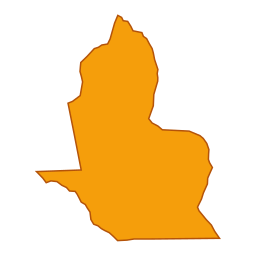 the district of Cafeara, Paraná, Brazil
{"feature_id": "56859067B49164641112145", "entity_name": "Cafeara", "entity_type": "district", "adm_level": 2, "iso_a3": "BRA", "parent_name": "Brazil", "parent_adm1": "Paraná", "projection": "mercator", "projection_center": [-51.713, -22.795], "detail": "fine", "context": "isolated", "style": "filled", "palette": "amber", "viewbox_px": 256, "rotation_deg": 0, "n_neighbors": 0, "source": "geoboundaries", "source_scale": "gbopen_adm2", "svg_char_len": 1137}
<svg xmlns="http://www.w3.org/2000/svg" viewBox="0 0 256 256"><path d="M210.1,172.6L212.4,167.5L209.6,162.8L208.4,159.4L208.6,153.8L208.9,149.6L206.8,143.5L203.3,138.5L200.0,135.7L189.1,131.1L174.8,130.4L162.3,129.8L158.0,126.1L152.1,123.0L148.7,118.7L153.3,105.8L153.8,94.5L157.7,81.2L157.8,77.7L157.2,73.6L157.9,69.5L154.6,59.6L153.3,52.9L152.1,48.5L149.2,43.6L146.6,38.6L143.4,36.4L141.9,32.6L133.0,30.8L130.8,26.3L127.7,21.4L123.2,20.7L121.6,17.4L117.8,15.4L114.6,23.1L110.1,39.0L107.6,44.0L101.8,45.0L98.4,47.3L94.3,48.6L87.1,56.4L80.8,62.5L80.4,66.4L80.0,71.5L81.4,76.5L82.6,81.9L80.2,95.6L72.5,101.4L68.0,103.2L68.9,107.6L73.7,131.6L81.2,170.0L36.5,171.6L42.8,178.1L46.2,182.7L50.9,180.9L57.0,181.6L61.9,185.3L66.5,187.5L69.5,191.0L75.2,191.4L77.2,194.3L79.0,197.7L81.2,202.1L85.3,204.5L87.3,208.0L90.0,212.1L90.9,219.5L93.7,224.2L98.0,225.8L101.3,228.6L104.7,230.5L109.3,232.7L113.7,236.7L117.6,240.6L127.0,240.1L134.0,239.0L149.9,239.0L219.5,238.3L214.6,231.2L211.4,225.1L206.3,219.7L199.0,210.8L197.5,207.1L201.5,199.0L203.4,192.9L207.4,184.0L207.7,178.1L210.1,172.6Z" fill="#f59e0b" stroke="#b45309" stroke-width="1.5"/></svg>